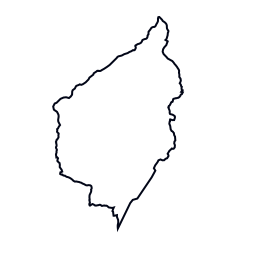 Banita, Hunedoara, Romania (Mercator projection), rotated 153°
{"feature_id": "2599482B47151005548823", "entity_name": "Banita", "entity_type": "district", "adm_level": 2, "iso_a3": "ROU", "parent_name": "Romania", "parent_adm1": "Hunedoara", "projection": "mercator", "projection_center": [23.267, 45.473], "detail": "fine", "context": "isolated", "style": "outline", "palette": "ink", "viewbox_px": 256, "rotation_deg": 153, "n_neighbors": 0, "source": "geoboundaries", "source_scale": "gbopen_adm2", "svg_char_len": 5761}
<svg xmlns="http://www.w3.org/2000/svg" viewBox="0 0 256 256"><g transform="rotate(153 128 128)"><path d="M130.2,192.7L133.7,192.3L134.7,191.3L139.5,190.4L141.1,189.2L145.0,187.9L148.5,187.5L150.1,187.7L151.2,188.8L152.2,188.7L154.9,189.0L156.0,188.4L157.4,187.3L160.1,186.8L161.1,185.9L162.7,183.1L164.8,182.0L167.0,181.5L169.2,183.5L171.6,184.4L174.9,184.6L180.2,182.9L182.2,183.1L184.9,181.1L185.7,178.0L185.0,176.6L184.3,175.4L183.9,174.5L183.9,173.6L183.9,172.4L184.0,171.1L184.7,169.5L186.6,166.9L187.2,165.3L187.2,164.2L187.2,161.5L189.0,160.6L190.6,159.4L191.2,159.3L191.6,159.2L191.7,158.9L191.9,158.7L192.0,158.3L192.3,157.6L192.7,157.2L192.9,156.9L192.9,156.2L192.3,154.7L192.4,154.3L193.3,153.2L193.7,152.2L194.1,151.3L194.3,151.1L194.6,150.9L195.2,150.6L195.7,150.2L196.3,150.1L196.6,149.8L196.9,149.8L197.2,149.7L197.5,149.3L197.8,148.9L198.3,148.5L198.5,148.4L198.6,148.2L198.6,147.5L198.9,147.1L199.0,146.7L199.0,146.3L199.2,145.9L199.3,145.4L199.7,144.6L199.9,144.3L200.3,144.0L200.7,143.8L201.0,143.4L201.2,142.7L201.2,141.0L201.4,140.6L202.1,140.0L202.3,139.7L202.6,138.9L202.9,138.5L203.9,137.5L204.1,137.3L204.2,136.8L204.6,136.1L204.8,135.3L205.2,134.3L204.4,134.1L204.3,133.6L204.1,133.2L204.2,132.6L204.6,132.4L205.1,131.8L205.4,131.3L205.7,131.1L205.9,130.4L205.8,130.2L205.5,129.5L205.5,129.1L204.9,127.9L205.3,126.5L205.5,126.1L205.9,125.3L206.4,124.5L206.6,124.1L206.4,122.8L206.3,122.0L206.1,121.1L206.2,120.3L206.4,119.0L207.4,119.0L208.3,119.2L209.1,118.3L209.3,117.7L208.4,116.6L208.0,116.5L207.6,116.3L207.4,115.4L206.8,114.7L205.9,114.2L205.8,113.9L205.7,113.7L205.5,113.4L205.0,112.6L204.7,112.2L204.0,111.7L203.8,111.5L203.7,111.3L203.4,111.0L202.9,110.5L202.3,109.6L201.8,108.8L201.1,107.3L200.9,106.9L200.8,106.3L200.6,105.8L200.5,105.6L200.3,105.3L199.7,104.4L199.4,104.2L199.0,104.1L198.6,104.0L198.1,103.6L196.7,102.5L196.1,102.1L195.8,101.7L195.4,101.3L195.0,100.9L194.6,100.5L194.3,100.3L194.0,99.6L193.9,99.4L193.8,99.2L193.2,98.6L192.7,98.0L192.1,97.1L191.4,96.1L191.2,95.9L190.4,95.4L190.0,95.3L189.1,95.0L188.7,94.8L188.2,94.4L187.7,94.1L187.5,93.8L187.1,93.0L187.2,92.2L187.6,91.0L187.9,90.6L188.2,90.3L188.5,90.1L188.8,89.9L189.0,89.7L189.1,89.0L189.5,88.4L189.9,87.9L190.9,87.1L191.3,86.7L192.1,86.2L192.3,86.0L192.7,85.6L193.2,84.9L193.5,84.3L193.9,83.6L194.2,82.9L194.5,81.9L194.8,81.8L194.9,81.5L195.0,81.3L195.2,81.2L195.2,80.6L195.5,80.1L195.6,79.6L195.9,78.6L196.3,78.4L196.6,78.3L196.7,77.9L196.9,77.7L197.2,77.4L197.3,76.9L197.3,76.4L197.1,76.1L196.8,76.1L195.6,76.3L194.2,76.4L193.9,76.1L193.3,75.3L193.1,74.9L192.7,74.4L192.5,73.8L191.0,73.1L190.6,73.1L189.5,72.7L187.9,72.4L187.3,71.8L187.0,71.0L186.6,70.4L185.1,70.0L184.2,69.7L183.8,69.2L182.8,68.8L182.3,68.4L181.9,67.8L181.2,66.0L180.3,65.3L178.3,63.9L176.8,63.6L177.9,62.7L179.6,61.0L179.3,60.2L180.7,56.4L180.3,56.1L177.4,55.4L178.2,53.9L178.4,52.1L178.5,50.7L179.2,49.0L179.7,48.1L180.6,46.9L181.2,46.2L182.1,44.5L182.7,43.0L160.1,60.1L156.4,61.8L151.7,60.9L129.3,73.3L123.0,77.6L123.2,80.4L120.7,82.4L117.3,84.1L115.5,85.4L113.3,85.2L112.0,83.6L110.4,82.9L108.5,83.5L106.9,83.3L106.0,83.8L104.6,84.7L104.3,85.6L104.4,87.0L101.6,88.8L98.2,89.8L97.8,89.2L96.8,88.8L95.2,89.5L94.0,91.4L93.8,93.3L92.7,94.9L91.5,95.4L90.0,99.0L90.1,100.4L89.8,101.6L89.4,102.6L89.6,103.2L89.7,104.2L90.1,105.1L90.5,105.5L90.5,106.2L90.6,107.3L90.1,108.8L89.5,110.5L89.3,111.7L89.4,112.1L89.2,113.1L88.9,113.5L88.2,114.5L87.8,115.0L87.5,115.0L87.4,115.3L87.1,115.6L87.0,115.8L86.9,116.2L86.5,116.5L84.9,114.9L83.3,114.1L82.5,114.9L81.8,115.6L81.1,116.5L81.1,117.1L81.0,117.5L81.6,118.6L82.2,119.6L83.0,120.3L83.5,120.7L84.2,121.5L84.0,122.6L83.2,124.0L83.0,124.8L82.8,127.4L82.4,127.8L82.6,128.2L81.6,129.1L81.1,129.1L80.6,129.2L80.2,129.5L79.8,129.8L79.0,130.3L78.8,130.5L78.3,130.9L78.1,131.1L77.9,131.2L77.6,131.2L77.3,131.4L77.1,131.4L76.9,131.2L76.5,131.1L76.1,131.4L74.8,133.0L74.4,133.3L73.3,133.2L73.0,133.0L72.3,132.9L72.0,132.9L71.2,132.5L70.2,132.4L69.6,132.1L68.2,132.2L68.0,132.5L66.8,132.9L66.2,133.5L65.5,133.8L64.7,133.7L63.0,134.9L64.2,136.0L63.6,136.3L62.9,136.3L62.2,136.8L62.8,137.5L62.4,138.8L61.4,140.3L61.7,140.6L61.3,142.5L61.4,143.6L61.6,144.4L60.2,145.4L59.4,146.3L58.8,148.1L59.1,150.2L58.0,152.2L57.5,154.1L56.5,155.7L56.3,157.1L56.4,158.0L56.5,158.8L56.6,160.2L57.1,162.8L57.4,163.6L57.6,165.3L58.1,167.5L59.4,169.4L60.2,170.6L61.1,171.9L61.4,173.5L62.7,177.7L62.5,180.2L61.0,182.2L59.1,183.4L56.2,184.5L55.2,185.5L53.3,187.2L54.6,189.4L53.8,189.6L53.3,189.9L52.7,190.4L51.3,191.9L50.6,192.6L50.3,193.1L50.0,193.6L49.1,194.9L48.6,195.2L48.3,195.6L48.0,196.0L47.9,196.4L48.1,197.5L48.1,198.4L48.1,199.0L47.9,199.4L47.5,200.5L47.1,201.1L46.8,202.0L46.7,202.9L46.7,203.6L46.9,204.3L47.0,204.7L47.2,205.3L47.6,206.1L48.1,207.0L48.4,207.5L48.5,208.1L48.5,208.8L48.7,209.6L49.7,212.7L50.0,212.8L50.6,213.0L51.0,212.6L51.3,212.3L51.8,211.6L52.1,210.8L52.9,209.5L54.1,208.5L55.6,207.6L55.9,207.3L56.5,206.9L57.3,206.3L57.6,206.2L58.4,206.1L58.7,206.1L59.4,206.5L59.8,206.6L61.2,206.7L62.1,206.4L63.6,205.5L65.9,204.5L66.6,203.4L67.3,202.1L67.9,201.9L68.2,201.7L68.6,201.5L68.8,201.1L69.1,200.6L69.6,200.0L70.0,199.8L70.5,199.4L71.1,199.3L71.5,199.3L73.0,199.7L74.5,199.8L75.1,199.8L75.4,199.7L76.0,199.1L76.5,198.7L77.5,198.2L78.1,198.0L78.8,198.0L79.7,198.0L80.2,198.1L80.6,198.2L81.0,198.3L82.0,198.3L82.7,198.2L83.3,198.1L83.7,198.2L84.0,198.1L84.3,197.7L84.4,197.3L84.4,196.6L84.7,195.8L86.4,194.5L87.5,194.5L88.1,195.1L90.4,194.9L92.2,195.1L94.3,194.9L97.8,195.5L100.7,195.4L104.1,196.2L105.4,196.0L106.3,195.5L115.7,192.5L118.8,192.0L122.4,191.6L125.2,191.5L125.5,191.4L126.6,191.4L127.1,191.5L127.5,191.8L127.8,191.9L128.2,192.3L128.6,192.3L129.3,192.9L129.7,192.9L130.2,192.7Z" fill="none" stroke="#020617" stroke-width="2"/></g></svg>